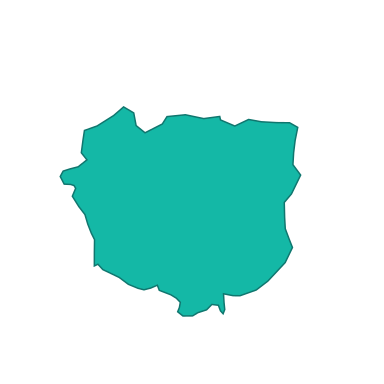 Kapileio, Limassol, Cyprus (Equal Earth projection), rotated 139°
{"feature_id": "46923920B22954384583573", "entity_name": "Kapileio", "entity_type": "district", "adm_level": 2, "iso_a3": "CYP", "parent_name": "Cyprus", "parent_adm1": "Limassol", "projection": "equal_earth", "projection_center": [32.969, 34.829], "detail": "fine", "context": "isolated", "style": "filled", "palette": "teal", "viewbox_px": 384, "rotation_deg": 139, "n_neighbors": 0, "source": "geoboundaries", "source_scale": "gbopen_adm2", "svg_char_len": 1118}
<svg xmlns="http://www.w3.org/2000/svg" viewBox="0 0 384 384"><g transform="rotate(139 192 192)"><path d="M121.5,230.8L135.0,239.7L146.3,254.6L161.4,265.3L169.8,262.8L188.6,267.5L190.6,278.8L184.1,289.9L187.8,301.1L189.3,301.1L200.9,301.1L220.3,304.1L232.8,309.0L240.1,302.8L249.8,294.2L250.2,285.2L261.4,285.7L269.0,289.5L275.5,292.3L278.8,291.1L281.3,290.1L283.3,281.8L278.6,277.3L276.8,274.3L277.4,271.1L285.1,267.3L287.0,255.1L287.6,245.2L291.7,236.2L295.0,227.0L296.8,220.0L305.2,210.6L314.2,200.3L310.4,199.2L310.2,191.9L303.0,175.3L300.6,164.1L295.9,154.7L292.4,149.7L286.2,146.6L279.3,144.4L281.2,139.2L275.4,128.3L273.5,122.2L273.2,116.4L277.3,113.1L281.4,111.0L280.2,104.4L272.8,98.1L266.8,97.1L258.3,93.5L250.8,94.1L246.4,89.2L248.5,83.6L248.4,79.7L244.4,81.8L240.4,87.5L235.0,94.5L229.0,86.8L223.8,82.2L207.8,75.9L193.2,75.0L168.0,77.6L152.6,84.2L149.6,92.7L145.7,103.1L138.8,112.0L129.2,123.6L118.2,125.3L98.9,133.5L97.9,146.4L89.5,155.0L80.4,163.2L69.8,171.4L72.9,180.2L82.6,188.8L93.5,199.4L101.7,209.6L116.4,213.7L123.2,227.7L121.5,230.8Z" fill="#14b8a6" stroke="#0f766e" stroke-width="1.5"/></g></svg>